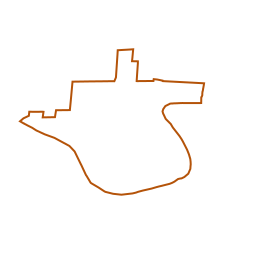 Grindu, Tulcea, Romania, rotated 148°
{"feature_id": "2599482B48217588549451", "entity_name": "Grindu", "entity_type": "district", "adm_level": 2, "iso_a3": "ROU", "parent_name": "Romania", "parent_adm1": "Tulcea", "projection": "robinson", "projection_center": [28.213, 45.412], "detail": "fine", "context": "isolated", "style": "outline", "palette": "amber", "viewbox_px": 256, "rotation_deg": 148, "n_neighbors": 0, "source": "geoboundaries", "source_scale": "gbopen_adm2", "svg_char_len": 2106}
<svg xmlns="http://www.w3.org/2000/svg" viewBox="0 0 256 256"><g transform="rotate(148 128 128)"><path d="M109.3,56.9L106.4,56.6L106.0,56.6L101.1,57.3L96.8,60.3L94.9,62.9L94.1,63.9L92.8,66.2L91.6,68.7L90.3,73.3L89.4,78.3L88.9,84.1L88.6,87.6L88.5,90.3L88.6,94.0L89.7,104.5L89.7,105.7L89.6,108.8L89.7,109.2L90.1,110.8L90.1,111.0L90.3,111.8L90.4,112.2L90.9,114.3L91.2,115.8L90.6,120.8L90.6,121.3L90.5,121.8L89.9,123.8L88.0,125.4L84.7,126.8L83.4,126.7L80.4,126.4L79.7,126.4L79.3,126.3L77.7,125.5L77.5,125.3L76.6,124.9L72.6,122.6L72.4,122.5L72.2,122.4L71.5,122.0L69.9,121.1L69.6,120.9L68.9,120.5L68.7,120.4L66.7,119.1L54.2,111.3L52.7,110.4L51.2,112.7L49.6,115.2L49.4,115.2L49.3,115.3L49.2,115.3L48.7,115.6L48.4,115.8L48.2,116.0L47.9,116.2L47.6,116.5L47.4,116.8L47.2,117.1L47.0,117.4L46.7,117.9L46.5,118.2L46.2,118.5L46.0,118.8L45.7,119.2L45.5,119.4L45.3,119.5L45.1,119.7L44.5,120.3L43.9,121.0L43.3,121.7L42.7,122.3L42.1,123.0L41.5,123.6L40.9,124.3L40.3,125.0L39.8,125.6L43.5,128.2L73.6,149.3L73.8,149.6L73.6,149.9L77.5,153.6L80.3,155.8L81.5,154.4L91.3,160.4L95.7,163.1L95.8,163.2L90.6,170.4L85.3,177.7L84.3,179.3L85.6,180.2L89.2,182.5L87.0,185.3L81.9,192.0L84.5,193.4L84.9,193.6L95.5,199.4L97.9,196.0L107.0,183.4L111.4,177.3L113.1,176.1L114.8,174.9L116.8,176.2L126.0,181.8L135.3,187.5L150.5,196.7L162.5,180.9L167.8,174.0L179.6,181.2L184.2,175.9L194.7,182.2L191.1,186.5L191.9,187.1L198.1,190.9L203.1,194.1L205.6,190.9L211.5,191.6L214.7,191.1L216.0,190.9L213.9,186.9L213.7,186.8L213.6,186.4L212.8,185.1L211.8,183.3L211.6,183.0L209.1,178.9L207.8,176.1L207.6,175.7L207.4,175.3L207.1,174.6L202.0,166.8L200.6,165.0L195.6,158.6L190.1,148.9L189.9,148.6L187.2,143.8L185.7,136.4L187.1,123.1L187.1,122.8L187.2,122.4L187.2,121.7L188.6,110.2L188.5,109.6L188.6,104.5L188.7,101.7L188.5,100.8L184.5,93.1L181.6,86.8L181.0,85.8L180.7,85.5L175.5,80.1L168.9,74.9L158.8,70.1L155.5,69.0L154.7,68.8L153.9,68.7L151.2,67.9L148.6,67.1L140.0,64.1L135.3,62.8L132.4,61.9L129.8,61.0L128.8,60.7L122.3,58.6L119.6,58.1L116.9,57.9L115.9,58.0L112.6,58.2L111.4,57.8L110.3,57.4L109.3,56.9Z" fill="none" stroke="#b45309" stroke-width="2"/></g></svg>